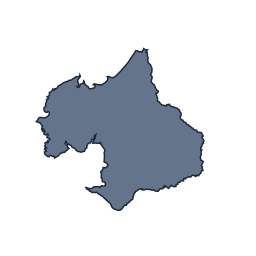 outline of São Lourenço do Sul, Rio Grande do Sul, Brazil, rotated 208°
{"feature_id": "56859067B86962262775213", "entity_name": "São Lourenço do Sul", "entity_type": "district", "adm_level": 2, "iso_a3": "BRA", "parent_name": "Brazil", "parent_adm1": "Rio Grande do Sul", "projection": "orthographic", "projection_center": [-52.096, -31.253], "detail": "fine", "context": "isolated", "style": "filled", "palette": "slate", "viewbox_px": 256, "rotation_deg": 208, "n_neighbors": 0, "source": "geoboundaries", "source_scale": "gbopen_adm2", "svg_char_len": 5705}
<svg xmlns="http://www.w3.org/2000/svg" viewBox="0 0 256 256"><g transform="rotate(208 128 128)"><path d="M211.9,90.5L210.6,91.0L209.5,90.7L208.3,91.3L207.3,91.2L206.1,90.1L204.5,89.8L203.8,86.6L203.0,86.2L202.6,87.4L201.8,87.4L202.5,85.5L201.7,85.0L200.4,86.2L199.5,85.9L199.9,84.4L199.7,83.5L198.8,83.1L197.2,83.3L196.4,84.9L195.3,84.8L195.1,84.0L195.5,82.7L195.0,81.4L192.6,82.1L191.4,80.9L192.4,80.1L193.0,79.2L191.8,78.1L192.0,77.1L193.1,77.5L194.3,75.7L193.0,74.3L192.9,72.6L191.6,72.5L190.4,72.2L190.7,71.3L191.9,70.9L191.7,69.9L190.6,69.9L189.2,69.2L190.2,68.3L190.5,67.5L189.9,66.7L189.2,65.9L188.2,65.7L186.3,65.2L185.2,65.2L184.1,65.6L184.1,67.0L183.1,67.6L181.5,67.4L180.2,68.3L179.6,67.6L178.6,67.1L178.4,68.1L177.6,68.7L176.5,70.7L176.0,72.4L175.9,73.9L174.3,75.1L173.6,76.2L172.6,76.8L172.0,78.4L170.5,82.2L172.7,82.8L173.3,84.4L175.1,84.3L176.4,84.9L176.5,87.0L175.0,86.1L173.7,85.6L172.2,85.8L170.0,85.8L168.5,84.9L164.8,84.8L162.8,83.8L160.5,83.8L159.9,84.4L158.3,84.6L157.6,84.9L156.9,86.0L155.5,87.0L155.9,89.3L155.1,90.8L155.5,92.4L156.0,93.0L156.0,94.8L155.4,96.3L154.1,97.2L154.2,98.3L153.6,99.2L154.9,100.6L153.4,101.3L153.2,102.7L153.4,103.9L154.1,105.3L153.3,107.2L152.3,103.5L152.0,98.1L150.1,99.2L148.3,100.1L147.4,100.3L145.7,101.3L145.8,102.2L144.9,102.0L144.7,101.0L143.2,100.5L141.7,99.5L139.8,98.7L137.5,97.1L137.6,95.4L136.8,93.9L136.0,93.0L133.1,86.7L130.3,87.0L129.2,86.2L128.3,86.0L128.2,84.7L128.9,82.4L131.4,81.4L130.8,79.7L130.9,78.5L131.5,76.8L130.9,75.7L129.8,74.9L128.5,71.7L126.9,70.9L125.8,69.0L124.8,68.6L123.9,69.2L123.1,69.3L121.8,68.1L121.0,66.7L122.1,65.2L123.9,64.8L124.5,64.3L124.8,62.4L126.6,62.4L128.2,61.4L130.7,59.9L131.3,57.9L132.5,56.9L135.2,56.0L136.4,56.0L137.2,55.7L136.4,55.1L135.3,54.7L133.8,54.9L132.1,54.2L130.8,54.6L129.6,54.1L128.6,54.9L126.7,55.5L125.9,56.3L124.7,56.6L123.1,55.8L121.5,56.1L120.0,55.6L119.2,55.8L117.8,55.7L116.8,55.1L116.0,55.0L115.0,54.6L113.8,54.6L113.1,54.0L112.2,54.1L110.2,53.4L108.3,53.1L107.4,52.5L106.6,52.0L105.9,51.1L104.3,50.3L102.1,50.0L101.1,50.4L98.8,50.4L97.6,50.9L96.2,52.0L96.0,52.9L95.3,53.6L95.4,54.8L95.1,55.8L94.8,58.3L93.3,58.8L93.1,59.9L93.6,60.9L92.3,62.4L91.7,65.0L91.3,65.9L90.4,67.1L90.9,68.1L91.0,69.9L91.7,71.7L91.8,73.5L91.4,74.5L91.5,75.8L90.6,76.6L89.9,78.7L87.9,80.5L87.1,80.0L86.2,81.0L85.5,80.3L84.5,81.0L83.5,82.2L82.7,82.8L79.7,83.9L79.0,84.4L77.6,84.3L76.2,85.6L74.3,85.1L72.7,85.8L71.6,86.5L71.2,89.4L69.3,90.4L68.6,91.1L68.8,92.2L67.8,92.8L68.6,93.4L68.9,94.2L66.4,94.3L65.7,94.0L65.0,93.8L63.9,93.7L63.4,95.2L63.2,96.9L62.9,97.7L62.1,97.4L60.5,97.6L59.2,98.1L58.2,99.0L59.0,100.5L57.6,101.9L58.2,102.5L58.1,103.4L56.6,104.5L56.8,105.5L55.8,106.7L54.2,107.4L55.0,108.7L54.9,109.9L53.6,109.8L53.5,110.6L52.3,112.4L51.5,113.5L49.6,114.1L49.3,116.1L48.2,116.9L46.2,117.1L45.9,118.0L45.3,117.3L44.6,118.8L43.2,119.1L43.2,120.3L42.5,122.2L42.8,123.3L42.8,124.7L41.9,125.8L43.9,127.5L44.0,128.5L45.1,129.1L45.7,129.6L45.7,130.6L45.6,132.2L45.7,133.5L47.2,134.0L48.4,133.7L49.4,134.9L50.0,135.4L50.6,136.8L50.8,138.2L51.0,139.4L51.6,139.9L52.1,141.0L52.5,141.9L53.2,142.4L52.6,143.4L53.9,143.6L54.6,144.8L54.2,145.5L54.2,146.8L54.7,147.7L54.8,148.9L54.2,149.7L55.1,150.4L54.7,151.7L55.3,152.7L56.2,153.3L56.9,153.7L58.1,154.2L58.4,155.4L57.8,156.2L61.0,158.3L62.8,157.9L63.9,157.1L65.2,157.0L66.2,158.3L67.7,157.6L69.9,157.6L70.6,158.3L71.4,158.0L72.4,158.3L73.7,158.7L75.2,158.7L75.9,159.1L77.9,158.8L78.8,159.4L79.5,160.0L80.8,159.8L81.7,159.5L83.3,160.7L84.8,160.3L87.2,161.8L87.0,163.8L88.0,165.9L90.3,167.1L91.0,168.0L92.4,168.1L94.0,168.6L95.3,168.2L97.3,168.0L98.4,167.6L100.9,167.4L102.8,168.4L103.3,167.6L104.7,166.9L104.6,165.3L106.7,165.0L108.7,164.2L111.0,164.8L112.9,165.8L114.0,165.6L114.7,165.8L115.9,168.1L118.4,170.5L119.6,171.6L118.7,172.4L118.2,174.2L119.0,175.0L119.8,174.7L120.6,175.0L122.2,176.0L125.2,178.5L126.0,178.7L126.9,178.5L129.1,179.7L129.7,181.1L130.2,182.7L130.2,183.7L131.3,185.0L132.4,185.4L133.1,185.8L133.1,187.2L133.2,188.7L133.8,189.8L134.6,191.6L136.5,193.2L138.0,194.5L139.4,194.7L140.9,195.3L141.9,196.7L142.9,197.3L142.9,198.6L143.3,199.5L144.1,200.2L145.1,201.2L145.4,202.1L146.2,203.1L146.6,203.8L147.5,203.4L147.3,204.2L148.2,204.9L147.7,206.0L149.3,205.2L151.4,205.5L151.2,204.0L151.5,203.0L151.3,201.6L152.4,201.4L154.1,200.4L155.5,200.7L157.4,200.0L157.5,197.7L158.7,186.0L159.4,182.2L160.4,178.1L160.7,177.2L161.1,174.6L161.7,173.2L162.8,169.1L163.9,166.7L164.4,166.0L165.5,165.0L166.9,164.7L167.8,164.5L169.2,164.5L170.5,163.5L169.3,162.7L168.8,161.9L168.7,160.9L168.7,160.0L169.1,158.5L169.3,157.5L170.0,156.5L171.1,154.4L172.3,153.2L173.3,153.0L174.7,152.0L176.2,151.9L178.7,151.0L179.0,149.9L177.4,150.2L176.7,149.8L176.6,147.6L178.2,146.1L179.6,144.9L181.1,144.7L182.8,145.8L183.7,145.7L186.3,146.3L188.0,147.6L188.2,148.4L189.3,148.8L188.6,146.3L190.5,144.4L190.6,143.2L190.2,142.3L190.3,141.4L191.5,140.1L192.5,140.6L191.7,141.0L191.2,141.7L191.8,142.7L192.6,144.0L194.2,145.3L194.9,146.6L194.7,148.0L194.5,149.6L194.2,151.0L195.4,152.1L195.0,150.7L196.6,149.8L198.2,148.5L198.6,147.4L199.3,146.4L200.9,143.4L202.5,142.4L203.4,140.6L204.7,139.5L206.3,137.6L207.1,135.4L208.0,134.5L209.3,132.0L209.4,130.2L209.7,129.2L211.0,128.4L211.7,127.4L210.8,127.3L211.7,126.3L212.5,126.8L212.4,125.6L213.4,123.2L214.1,122.5L213.4,121.0L212.7,120.3L213.0,119.0L214.1,117.7L212.6,117.3L212.1,116.6L213.0,115.7L213.2,114.8L212.3,113.1L212.0,110.1L210.7,108.8L211.7,106.3L210.6,104.5L209.7,103.7L208.6,103.4L207.7,103.3L206.8,103.8L206.6,104.7L206.0,105.1L204.7,104.8L204.0,103.0L204.2,101.0L205.3,99.0L206.0,98.2L207.0,97.4L208.9,96.9L211.3,95.5L211.4,94.6L211.7,91.6L211.9,90.5Z" fill="#64748b" stroke="#1e293b" stroke-width="1.5"/></g></svg>